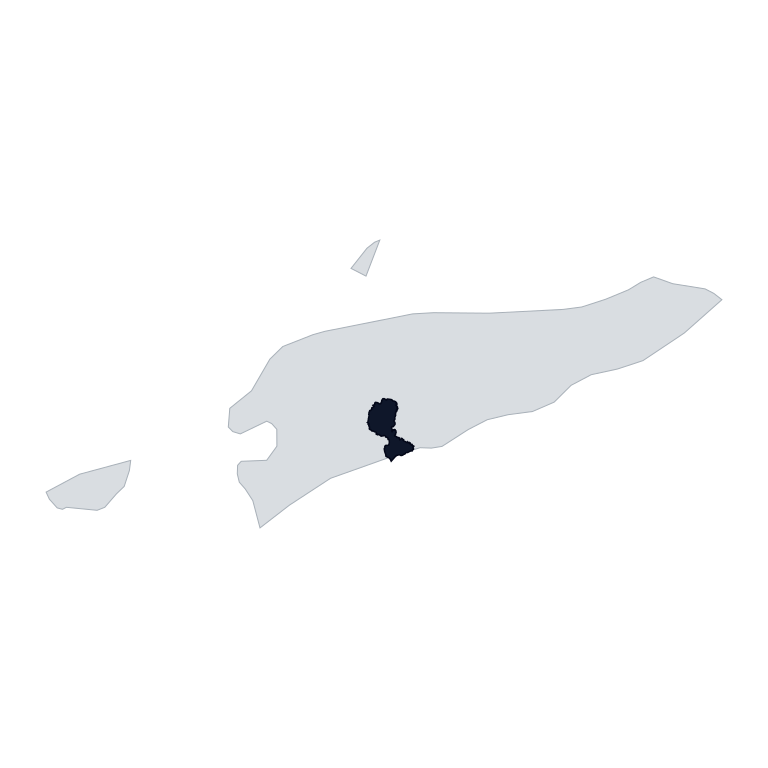 location of Same, Manufahi, East Timor
{"feature_id": "22284137B41872156490215", "entity_name": "Same", "entity_type": "district", "adm_level": 2, "iso_a3": "TLS", "parent_name": "East Timor", "parent_adm1": "Manufahi", "projection": "mercator", "projection_center": [125.715, -9.045], "detail": "fine", "context": "in_parent", "style": "filled", "palette": "ink", "viewbox_px": 768, "rotation_deg": 0, "n_neighbors": 0, "source": "geoboundaries", "source_scale": "gbopen_adm2", "svg_char_len": 6620}
<svg xmlns="http://www.w3.org/2000/svg" viewBox="0 0 768 768"><path d="M260.0,527.9L252.8,500.6L245.2,488.9L239.3,482.2L237.3,473.9L237.6,465.3L241.2,461.3L266.7,460.3L276.9,446.2L276.8,429.3L271.7,423.6L266.7,421.2L240.3,433.9L232.8,431.6L228.3,427.0L229.8,408.3L251.5,390.8L269.9,359.1L282.8,346.5L312.9,334.7L325.0,331.3L412.6,313.9L433.5,312.7L489.0,313.2L563.3,309.4L581.7,307.0L605.5,299.3L628.5,289.8L640.8,282.3L653.6,276.9L672.7,283.7L705.1,288.9L713.8,293.4L721.9,299.7L684.3,333.0L643.0,360.6L617.5,369.0L591.2,374.7L571.1,385.3L554.2,402.1L532.5,411.5L508.1,414.7L487.3,419.7L468.3,429.5L442.0,446.4L431.4,448.1L420.1,447.7L398.3,454.2L330.5,478.3L289.5,505.1L260.0,527.9ZM46.1,492.1L79.6,474.2L130.7,460.4L129.4,470.5L124.2,486.4L116.4,493.9L104.8,507.3L97.1,510.3L66.4,507.3L62.5,509.3L57.2,507.9L49.4,499.2L46.1,492.1ZM379.8,240.1L366.0,276.1L351.0,268.4L367.0,248.2L374.6,242.2L379.8,240.1Z" fill="#d9dde1" stroke="#a8b0b8" stroke-width="1"/><path d="M394.8,422.2L394.5,422.0L394.2,421.8L394.1,421.5L394.0,420.8L394.1,420.3L394.5,420.0L394.9,419.3L394.9,418.5L394.7,417.4L395.2,416.5L395.7,415.2L395.6,414.7L395.4,414.5L395.5,413.6L395.4,413.3L395.5,413.2L395.8,413.0L395.9,412.8L395.9,412.4L395.7,412.1L396.0,411.8L396.1,411.4L396.7,411.2L397.0,410.7L397.0,410.2L397.0,409.9L396.7,410.0L396.5,409.9L396.7,409.7L396.8,409.3L397.5,409.2L397.7,408.6L397.6,408.4L397.8,408.2L397.7,408.0L397.3,407.9L397.2,407.8L397.4,407.6L397.3,407.4L397.4,406.8L397.3,406.7L397.2,406.7L396.9,406.8L396.8,406.7L396.9,406.0L396.7,405.8L396.3,405.8L396.1,405.5L395.8,405.2L396.5,404.9L396.7,404.5L396.8,404.3L396.9,404.2L396.7,404.0L396.7,403.6L396.3,403.2L396.0,403.1L395.9,402.6L396.3,402.6L395.9,402.1L395.7,401.8L395.4,401.6L395.2,401.6L394.3,401.1L393.9,401.2L393.5,401.0L393.0,401.1L392.9,401.1L392.6,400.8L392.6,400.6L392.4,400.5L392.3,400.2L392.1,400.0L391.7,399.7L391.1,399.5L390.7,399.4L390.5,399.5L389.1,399.2L388.1,399.1L387.3,399.0L387.2,399.3L386.6,399.6L386.6,399.8L386.2,399.9L386.0,399.7L385.7,399.7L385.5,399.4L385.2,399.2L384.9,399.2L384.6,399.2L384.5,398.8L384.0,398.6L383.6,398.7L383.3,398.7L382.9,398.7L382.6,399.0L382.5,399.4L382.2,399.6L382.2,399.8L381.7,400.5L381.8,401.0L381.5,401.9L381.5,402.1L381.4,402.2L381.0,402.8L381.0,403.1L380.8,403.5L380.6,403.7L380.1,403.9L379.0,403.8L378.8,403.6L378.7,403.2L378.3,403.0L377.8,403.0L377.3,402.6L376.7,402.5L376.4,402.6L376.0,402.5L375.8,402.3L375.7,402.3L375.2,402.5L374.7,403.2L374.8,404.2L374.8,404.4L374.6,404.6L374.2,404.8L373.5,405.2L373.3,405.1L372.9,405.3L373.3,405.8L373.4,406.3L374.0,406.6L373.9,406.7L373.6,406.7L373.4,406.8L373.3,407.1L373.0,407.4L372.7,407.6L371.9,407.7L371.6,408.6L371.7,408.8L371.9,409.2L371.1,409.9L370.8,410.1L370.2,410.5L369.9,410.5L369.7,410.6L369.6,410.9L369.6,411.3L369.3,411.9L369.3,412.0L369.1,412.1L369.0,412.3L369.0,412.9L369.1,413.6L368.8,413.9L368.7,414.4L368.8,414.8L369.1,415.1L369.1,415.3L369.1,415.8L369.1,416.1L369.1,416.3L368.6,417.1L368.7,417.6L368.8,417.8L368.7,417.9L368.6,418.4L368.4,418.6L368.3,419.1L368.5,419.5L368.3,420.0L368.2,420.3L368.1,420.7L368.2,420.9L368.1,421.5L367.7,422.2L367.4,422.5L367.6,422.6L367.7,422.9L368.1,423.1L368.2,423.3L368.4,423.3L368.9,423.7L368.9,423.9L368.7,424.1L368.8,424.1L368.7,424.4L368.8,424.5L368.8,425.1L368.7,425.4L368.9,425.7L368.9,426.1L369.1,426.3L369.2,426.6L369.4,426.7L369.5,427.0L369.4,427.4L369.5,427.7L369.4,428.0L369.5,428.2L369.5,428.3L369.3,428.4L369.3,428.5L369.5,428.7L369.5,428.8L369.4,428.8L369.4,429.1L369.6,429.3L369.8,429.4L370.1,429.6L370.5,429.7L371.3,430.3L371.9,431.0L372.1,431.1L372.3,431.1L372.7,430.9L373.6,431.2L373.9,431.4L374.8,431.9L375.6,432.0L376.0,432.2L376.3,432.6L376.3,433.2L376.3,433.5L376.1,433.8L376.1,434.0L376.3,434.2L376.9,433.8L377.2,433.9L377.3,434.1L377.2,434.5L377.4,434.8L378.0,434.8L378.8,434.5L379.3,434.5L379.5,434.7L379.7,435.1L380.5,435.6L381.1,436.2L381.4,436.2L381.7,436.0L382.1,435.9L382.7,436.0L383.0,436.0L383.7,435.5L384.0,435.4L384.8,435.7L385.1,435.9L385.5,436.3L385.6,437.0L386.5,437.2L387.7,437.9L387.9,438.2L388.0,439.2L388.2,439.6L388.3,439.6L389.0,439.8L389.2,440.1L389.3,441.0L389.3,441.3L389.2,441.8L389.3,442.1L389.3,442.9L388.8,444.8L388.5,445.1L388.0,445.3L387.0,445.4L386.0,445.3L385.9,445.5L385.3,445.7L384.8,446.4L384.9,447.2L384.9,447.6L384.4,448.3L384.2,448.8L384.7,451.7L385.6,454.1L385.9,455.2L385.9,455.5L385.8,455.9L385.9,456.1L386.0,456.3L386.4,456.6L389.0,457.8L389.2,458.0L390.4,459.4L391.2,461.2L395.2,456.7L396.9,455.3L397.2,455.3L397.5,455.3L398.2,455.0L398.6,454.9L398.9,454.8L399.2,454.8L399.7,454.8L400.3,455.3L400.6,455.4L401.0,455.5L401.4,455.5L402.3,455.3L403.0,455.0L403.5,454.4L404.0,454.2L404.4,454.2L404.9,454.0L405.3,453.5L405.8,452.7L406.2,452.6L407.1,452.6L407.7,452.5L408.1,452.3L408.7,451.9L409.4,451.6L409.7,451.3L410.2,451.2L410.4,451.1L411.6,450.9L412.2,450.9L412.4,449.7L412.9,449.3L413.1,449.5L413.3,449.5L413.4,449.2L413.3,448.9L413.5,448.4L413.4,448.1L413.3,447.9L413.2,448.0L412.9,447.8L412.9,447.5L412.7,447.3L412.7,447.1L412.8,447.0L413.0,447.1L413.1,446.8L413.2,446.7L413.3,446.7L413.5,446.5L413.8,446.4L413.9,446.2L413.7,446.0L413.4,446.0L412.8,445.6L412.6,445.4L412.3,445.4L412.1,445.2L412.1,444.8L412.1,444.7L411.7,444.8L411.6,444.5L411.6,444.4L411.4,444.4L411.2,444.8L410.9,444.4L410.5,444.1L410.6,443.8L410.5,443.6L410.4,443.6L410.3,443.8L410.2,443.8L409.9,443.6L409.8,443.2L409.9,442.9L409.7,442.9L409.5,443.1L409.3,443.0L409.2,442.8L409.1,443.0L408.8,442.5L408.4,442.4L408.0,442.2L407.6,442.5L407.4,442.4L407.2,442.5L407.1,442.3L407.1,442.2L406.8,442.5L406.6,442.5L406.4,442.3L405.9,442.1L405.8,441.8L405.3,441.6L403.8,440.9L403.5,440.6L403.4,440.1L403.6,439.8L403.6,439.7L403.2,439.7L403.0,439.9L402.9,439.9L402.8,439.6L402.5,438.9L401.9,438.4L401.7,438.3L401.3,438.4L401.0,439.1L400.3,439.6L400.1,439.7L399.6,439.7L399.3,438.5L399.5,438.0L398.8,437.5L398.2,437.6L397.8,437.5L396.9,437.5L396.8,436.8L396.4,436.7L395.9,436.3L395.1,436.2L394.7,435.9L394.6,435.7L394.7,435.4L395.2,434.9L395.6,434.3L395.6,434.0L395.6,433.7L395.6,433.4L396.0,432.9L396.1,432.6L396.0,431.7L395.8,431.1L395.9,430.9L395.7,430.7L395.1,430.3L395.1,430.1L395.2,429.9L395.1,429.7L394.7,429.7L394.5,429.8L394.3,429.6L394.2,429.7L393.9,429.7L393.8,430.1L393.5,430.3L393.3,430.1L393.0,430.4L392.9,430.4L392.8,430.2L392.7,430.3L392.5,430.7L392.3,430.8L392.3,431.3L392.1,431.7L391.9,431.6L391.9,430.8L391.8,430.3L392.0,429.6L391.9,428.8L391.5,428.2L391.6,427.6L391.5,427.2L391.7,426.8L391.9,426.7L392.4,426.6L392.6,426.8L393.3,426.6L393.6,426.3L393.9,425.7L394.9,424.6L395.1,423.9L394.9,423.1L394.9,422.4L394.8,422.2Z" fill="#0f172a" stroke="#020617" stroke-width="1.5"/></svg>